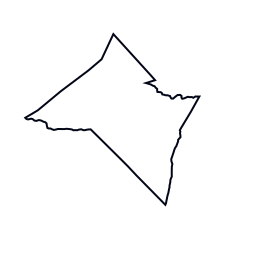 outline of Camalaú, Paraíba, Brazil, rotated 53°
{"feature_id": "56859067B1545976876793", "entity_name": "Camalaú", "entity_type": "district", "adm_level": 2, "iso_a3": "BRA", "parent_name": "Brazil", "parent_adm1": "Paraíba", "projection": "equal_earth", "projection_center": [-36.768, -7.907], "detail": "fine", "context": "isolated", "style": "outline", "palette": "ink", "viewbox_px": 256, "rotation_deg": 53, "n_neighbors": 0, "source": "geoboundaries", "source_scale": "gbopen_adm2", "svg_char_len": 1486}
<svg xmlns="http://www.w3.org/2000/svg" viewBox="0 0 256 256"><g transform="rotate(53 128 128)"><path d="M211.8,144.4L211.0,143.0L209.9,141.8L207.7,139.3L206.0,137.4L204.0,134.7L201.5,132.0L200.3,130.5L199.0,129.5L196.8,126.9L195.1,125.5L194.2,124.2L193.2,122.3L191.0,120.7L189.0,119.2L187.5,118.0L185.4,116.4L183.4,114.2L180.8,113.4L178.9,112.2L177.1,109.5L175.4,107.0L173.8,104.8L172.4,102.8L171.6,100.4L168.8,96.0L167.6,95.1L166.9,91.6L165.1,90.4L163.4,89.6L162.3,88.3L161.0,88.0L160.1,86.0L152.9,68.1L145.8,52.1L144.6,53.7L143.4,55.2L143.2,57.6L141.7,58.4L140.4,60.3L139.1,61.4L138.6,63.3L138.1,65.4L137.3,67.1L135.9,67.0L134.7,66.0L133.0,66.4L131.5,68.6L131.5,71.7L131.7,74.2L130.6,75.6L129.3,75.6L127.8,75.2L125.6,76.8L124.7,78.1L123.4,79.0L121.8,80.4L120.2,79.9L119.0,80.4L118.0,81.6L116.9,82.8L115.7,82.2L114.3,81.2L112.2,81.7L110.6,81.6L109.2,82.7L107.3,83.4L105.7,84.5L104.3,85.5L102.9,86.6L106.1,77.6L100.8,78.0L44.2,83.2L57.2,107.7L58.2,124.6L58.2,159.6L59.6,189.5L58.0,203.9L59.3,203.8L61.0,202.7L62.3,199.7L63.7,198.7L65.7,198.3L67.2,196.9L68.0,194.4L69.7,192.9L71.8,191.9L73.6,190.6L75.3,190.3L77.5,191.5L79.5,192.3L80.8,191.5L81.7,190.2L83.2,189.5L84.9,188.4L85.9,186.4L86.5,184.7L88.1,182.6L89.4,181.0L90.6,179.4L91.7,177.5L93.8,175.2L95.5,173.6L96.9,173.0L97.9,171.5L99.2,169.9L99.8,168.1L100.9,166.1L102.7,165.1L103.7,163.9L104.4,162.3L105.4,160.4L106.7,158.6L141.1,153.6L158.0,151.2L171.0,149.8L211.8,144.4Z" fill="none" stroke="#020617" stroke-width="2"/></g></svg>